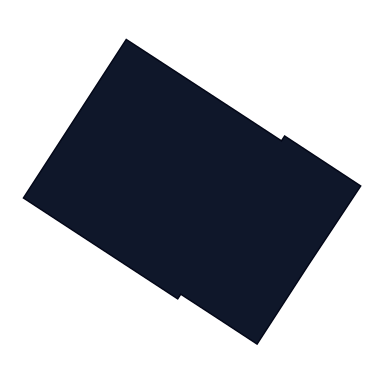 Gray, Kansas, United States of America (Robinson projection), rotated 123°
{"feature_id": "52423323B18889846509117", "entity_name": "Gray", "entity_type": "district", "adm_level": 2, "iso_a3": "USA", "parent_name": "United States of America", "parent_adm1": "Kansas", "projection": "robinson", "projection_center": [-100.458, 37.739], "detail": "fine", "context": "isolated", "style": "filled", "palette": "ink", "viewbox_px": 384, "rotation_deg": 123, "n_neighbors": 0, "source": "geoboundaries", "source_scale": "gbopen_adm2", "svg_char_len": 308}
<svg xmlns="http://www.w3.org/2000/svg" viewBox="0 0 384 384"><g transform="rotate(123 192 192)"><path d="M99.9,330.2L288.8,330.1L289.4,145.8L283.8,145.8L283.9,100.1L284.1,54.6L189.6,54.7L95.1,53.8L94.6,144.8L100.4,144.8L100.2,193.3L99.9,330.2Z" fill="#0f172a" stroke="#020617" stroke-width="1.5"/></g></svg>